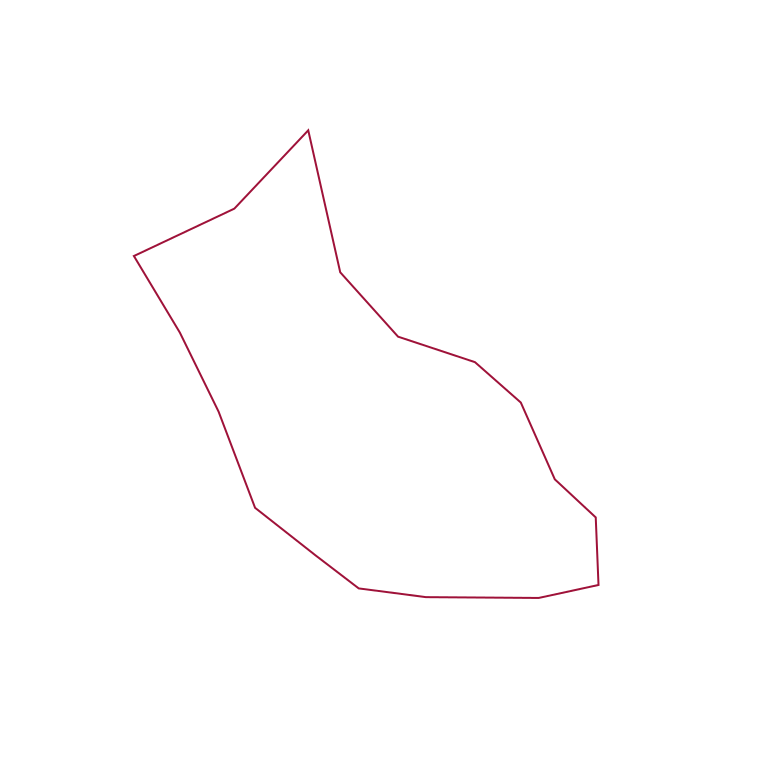 outline of Apliki, Nicosia, Cyprus, rotated 296°
{"feature_id": "46923920B32848229557402", "entity_name": "Apliki", "entity_type": "district", "adm_level": 2, "iso_a3": "CYP", "parent_name": "Cyprus", "parent_adm1": "Nicosia", "projection": "robinson", "projection_center": [33.116, 34.918], "detail": "fine", "context": "isolated", "style": "outline", "palette": "rose", "viewbox_px": 768, "rotation_deg": 296, "n_neighbors": 0, "source": "geoboundaries", "source_scale": "gbopen_adm2", "svg_char_len": 382}
<svg xmlns="http://www.w3.org/2000/svg" viewBox="0 0 768 768"><g transform="rotate(296 384 384)"><path d="M578.8,204.7L476.0,172.6L389.4,103.1L340.7,178.0L286.6,247.5L216.2,322.4L200.0,397.4L189.2,450.9L210.8,515.1L259.5,616.8L297.4,664.9L356.9,632.8L373.2,579.3L427.3,515.1L443.5,456.2L432.7,375.9L465.2,295.7L578.8,204.7Z" fill="none" stroke="#9f1239" stroke-width="2"/></g></svg>